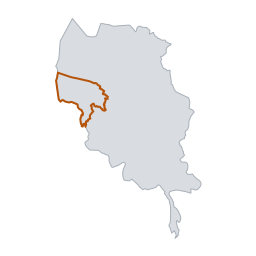 Kandahar on a map of Afghanistan (orthographic projection), rotated 98°
{"feature_id": "AFG-1754", "entity_name": "Kandahar", "entity_type": "Province", "adm_level": 1, "iso_a3": "AFG", "parent_name": "Afghanistan", "parent_adm1": "", "projection": "orthographic", "projection_center": [66.2, 31.058], "detail": "fine", "context": "in_parent", "style": "outline", "palette": "amber", "viewbox_px": 256, "rotation_deg": 98, "n_neighbors": 0, "source": "natural_earth", "source_scale": "10m", "svg_char_len": 7677}
<svg xmlns="http://www.w3.org/2000/svg" viewBox="0 0 256 256"><g transform="rotate(98 128 128)"><path d="M112.9,68.6L117.9,68.1L121.3,68.8L123.0,70.5L124.8,70.9L126.5,70.1L127.5,69.9L128.0,70.4L128.8,70.7L130.1,70.6L130.9,71.0L131.1,72.1L132.1,73.4L133.8,75.0L135.4,75.3L137.4,74.0L138.1,74.2L138.4,73.8L138.6,72.8L139.8,72.0L142.0,71.1L143.2,70.4L143.7,69.8L144.4,69.6L145.3,69.7L145.8,69.5L146.3,68.7L147.0,68.4L147.7,68.5L150.9,71.3L152.1,72.2L152.7,72.0L154.1,70.4L154.3,68.9L153.8,67.0L154.1,65.5L155.0,64.3L156.9,63.5L159.6,63.2L161.2,63.3L161.9,63.9L162.7,64.2L163.8,64.2L164.7,63.5L165.5,62.0L165.5,60.2L164.6,58.2L164.8,57.5L166.1,56.4L167.5,54.7L168.8,52.7L170.0,50.1L171.6,48.5L173.5,47.8L176.0,48.4L178.9,50.2L180.1,52.6L179.5,55.4L179.5,57.0L180.1,57.3L183.3,56.6L183.8,56.9L183.8,57.7L183.4,59.0L183.0,62.4L182.5,70.7L184.1,75.6L185.1,77.5L186.1,78.1L187.1,78.3L188.1,78.0L190.0,76.7L192.8,74.2L195.6,72.6L199.7,71.5L200.9,68.9L202.7,67.2L206.9,64.4L209.2,63.3L210.6,63.1L214.0,63.8L214.2,64.5L214.0,65.3L213.2,66.1L212.9,66.6L213.3,67.0L214.6,67.0L220.3,64.9L221.4,63.3L222.7,63.2L225.2,63.6L227.0,63.3L228.1,63.8L230.5,65.9L229.8,66.0L228.7,65.7L228.1,65.0L225.9,66.1L223.4,67.7L223.5,68.1L226.0,69.9L221.3,72.4L219.2,73.8L218.7,73.9L215.4,73.0L206.3,73.9L199.4,75.0L196.8,76.3L194.3,77.0L193.0,77.7L192.3,78.9L188.6,81.7L187.9,82.7L185.8,82.7L183.7,85.3L180.6,88.4L180.0,89.9L180.5,90.6L182.3,91.6L183.1,92.6L184.5,95.4L185.1,97.4L185.9,98.3L186.5,100.7L185.8,102.1L185.8,102.8L187.0,104.6L186.7,105.2L186.0,106.1L184.8,108.5L182.6,110.4L181.7,112.0L180.1,113.8L179.5,115.3L178.9,116.1L178.1,116.5L178.4,117.3L179.1,118.2L180.2,119.3L180.3,123.7L179.8,124.9L176.9,126.2L174.1,126.9L170.6,127.0L169.3,126.9L164.4,125.5L162.9,126.3L162.7,128.3L165.5,131.3L166.7,133.0L168.1,135.9L169.1,137.3L168.8,138.8L163.9,142.0L160.7,142.5L158.8,143.1L157.8,143.9L157.2,147.2L156.5,148.4L156.6,149.8L155.9,151.5L154.9,152.6L154.3,154.3L155.1,163.0L152.2,166.6L150.6,167.9L149.1,168.5L147.8,168.3L146.1,166.4L145.0,165.6L143.8,165.8L142.7,166.5L140.8,166.3L139.2,165.7L138.4,165.7L138.0,166.5L136.3,168.0L132.2,170.3L130.5,170.5L129.8,171.1L130.1,172.0L130.8,172.8L132.1,173.3L132.2,173.9L130.1,175.1L127.9,175.9L125.5,176.2L122.9,175.8L121.5,174.8L120.0,174.7L118.6,175.5L117.1,176.7L115.1,179.8L112.1,181.7L111.3,183.6L110.4,187.1L110.7,192.1L110.3,194.4L109.7,195.8L109.8,197.0L110.8,198.3L110.4,199.2L109.6,200.1L108.7,200.7L92.2,205.4L89.5,205.5L88.1,205.3L83.4,205.2L81.4,205.6L79.5,206.2L78.0,207.0L76.9,208.2L74.9,207.4L68.8,206.1L52.0,207.2L50.4,206.9L27.4,198.3L42.4,181.8L42.8,180.4L43.0,177.6L42.3,173.8L40.9,172.0L28.4,169.5L28.1,166.5L28.4,165.3L28.3,162.7L28.4,160.8L29.1,157.6L29.2,156.2L26.0,141.8L26.1,140.4L28.5,137.3L31.6,134.2L31.5,133.6L30.1,133.2L27.8,133.0L26.7,132.5L25.8,131.6L25.5,130.3L26.2,128.0L25.9,123.5L28.4,119.9L32.0,119.9L30.3,117.1L29.9,116.7L29.8,116.3L30.0,115.8L30.9,115.7L33.2,114.0L33.3,113.1L35.2,110.6L35.1,109.4L36.4,106.5L35.9,104.4L35.9,103.3L37.2,102.7L38.1,99.9L38.6,99.2L38.7,98.5L38.5,97.3L39.7,97.2L40.7,98.7L42.4,100.3L43.5,100.8L44.9,101.1L48.0,100.7L48.7,100.8L51.8,103.6L52.4,104.4L52.6,105.4L53.1,105.8L54.3,104.8L55.4,104.4L57.5,104.8L58.6,104.5L64.0,101.3L64.5,99.2L65.0,98.0L65.8,97.3L65.0,94.8L65.3,94.3L66.0,94.1L67.7,94.1L75.8,91.6L77.9,91.7L78.4,91.5L78.5,90.7L79.1,89.9L82.9,88.0L85.1,86.0L85.9,84.5L89.7,72.2L91.6,71.2L93.5,70.4L100.0,70.2L101.3,66.5L101.9,65.6L103.0,64.7L107.8,67.4L112.9,68.6Z" fill="#d9dde1" stroke="#a8b0b8" stroke-width="1"/><path d="M132.3,170.4L132.0,170.6L131.5,170.8L131.1,170.9L130.1,170.7L129.6,170.7L129.4,171.0L129.6,171.3L129.8,171.5L130.0,171.8L130.1,172.5L130.3,172.8L130.6,173.0L130.9,173.0L132.1,172.9L132.7,173.0L132.8,173.8L132.6,174.1L132.4,174.2L131.8,174.2L131.5,174.3L131.3,174.4L131.1,174.6L130.2,175.2L129.9,175.3L129.1,175.5L128.6,175.8L127.7,175.9L126.6,176.3L126.3,176.4L125.4,176.3L124.6,176.4L124.4,176.3L124.0,176.2L123.5,175.9L123.2,175.8L122.9,175.9L122.3,176.0L122.0,176.0L121.7,175.9L121.4,175.8L121.3,175.7L121.5,175.4L121.5,174.9L121.4,174.7L121.2,174.5L120.3,174.6L119.7,174.7L118.7,175.2L118.2,175.6L117.9,176.0L117.5,176.3L116.9,176.4L116.6,176.7L116.1,178.7L115.8,179.1L114.4,180.5L114.0,180.7L112.0,181.1L111.7,181.3L111.6,181.5L110.1,187.2L110.1,187.9L110.3,188.6L110.7,189.1L110.8,189.3L110.9,189.7L110.9,190.1L110.7,192.4L110.7,193.4L110.6,193.8L109.6,195.8L109.4,196.5L109.5,197.0L110.0,197.4L110.6,198.0L111.1,198.4L111.2,198.5L110.6,199.2L110.2,199.8L109.0,200.7L107.7,201.0L106.8,201.3L105.9,201.6L105.1,201.8L104.2,202.1L103.3,202.3L102.4,202.6L101.5,202.8L100.6,203.1L99.7,203.4L98.8,203.6L97.9,203.9L97.0,204.1L96.2,204.4L95.3,204.6L94.4,204.9L93.5,205.1L91.3,205.8L90.5,205.7L88.0,205.2L85.9,205.2L83.0,205.1L85.2,193.7L85.7,190.3L86.0,184.6L86.8,175.9L86.8,175.3L87.1,172.5L87.3,171.5L87.8,169.8L88.0,169.3L88.1,169.2L88.3,167.6L88.4,167.4L88.2,167.2L88.0,166.9L88.0,166.7L88.3,165.2L88.5,165.0L88.7,164.8L88.8,164.6L89.5,164.0L89.7,163.7L89.8,163.6L90.0,162.9L90.0,162.4L90.1,162.0L90.2,161.8L90.3,161.7L90.5,161.6L90.8,161.4L91.1,161.2L91.3,161.1L91.6,161.2L91.9,161.4L92.0,161.4L92.2,161.5L92.5,161.5L92.8,161.4L92.9,161.2L93.1,160.4L93.2,160.2L93.3,160.0L93.3,159.9L93.2,159.9L93.2,159.7L93.3,159.6L93.4,159.3L93.5,159.2L93.6,158.9L93.6,158.6L93.7,158.4L94.1,158.0L94.4,157.9L94.5,157.8L94.5,157.7L94.7,156.8L94.9,156.8L95.1,157.1L95.4,157.2L96.2,157.1L96.4,157.2L97.0,157.6L97.4,157.7L97.6,157.7L97.8,157.5L97.6,157.1L97.6,156.9L97.7,156.7L97.8,156.4L97.9,156.2L98.1,156.2L98.1,155.6L98.0,155.3L98.0,155.1L98.1,154.9L98.4,154.8L98.6,154.7L98.8,154.6L98.9,154.4L99.0,154.2L99.1,153.7L99.3,153.2L99.9,152.6L100.0,152.5L100.0,152.4L100.3,152.4L101.4,152.6L101.6,152.6L101.8,152.5L101.8,152.9L101.8,153.1L101.9,154.1L101.8,154.6L101.9,154.8L102.0,154.8L102.2,154.7L102.3,154.7L102.5,154.5L102.7,154.2L102.8,154.1L103.0,154.0L103.1,153.9L103.4,154.0L103.9,154.1L104.3,154.1L104.6,154.2L105.4,154.3L106.1,154.3L106.3,154.4L106.3,154.5L106.5,154.9L106.6,155.0L106.8,155.0L107.2,155.0L108.1,155.1L108.6,155.1L108.7,154.9L108.7,154.6L108.7,154.4L108.8,154.3L109.0,154.3L109.2,154.5L109.4,154.4L110.4,154.3L110.5,154.2L111.0,153.9L111.4,154.1L111.6,154.1L111.8,154.1L112.3,153.5L112.4,153.1L112.5,152.9L112.7,152.7L112.8,152.7L112.8,152.8L113.1,152.8L113.3,152.8L113.4,153.0L113.6,153.2L113.7,153.3L113.8,153.3L114.0,153.4L114.1,153.5L114.1,153.9L114.1,154.0L114.1,154.4L114.1,154.5L113.9,155.3L113.7,155.6L113.5,156.0L113.3,156.1L112.8,156.4L112.6,156.5L112.3,157.2L112.2,157.4L112.1,157.7L111.8,158.0L111.5,158.3L111.1,158.6L111.0,158.8L110.9,159.1L110.9,159.3L111.0,159.6L111.0,159.9L111.1,160.0L111.1,160.5L111.2,160.9L111.2,161.0L110.9,161.5L110.8,161.9L110.7,162.0L110.8,162.1L111.0,162.3L111.2,162.8L111.2,163.2L111.2,163.3L111.0,163.8L110.7,164.2L110.6,164.4L110.4,164.5L109.9,164.6L109.5,164.8L109.3,165.0L108.8,165.4L108.8,165.9L108.9,166.0L109.0,166.3L109.5,166.6L110.8,167.9L111.5,167.5L111.8,167.1L112.0,167.0L112.3,166.8L112.6,166.7L112.9,166.6L113.0,166.6L113.3,166.7L113.5,166.7L114.2,166.6L114.3,166.5L116.2,164.9L116.4,164.7L116.5,164.7L116.6,164.9L117.4,165.5L117.6,165.7L118.3,166.1L118.9,166.3L119.0,166.3L119.3,166.6L119.5,166.8L119.9,167.0L120.1,167.1L120.3,167.2L120.5,167.2L120.9,167.3L121.6,167.5L121.9,167.4L122.9,167.1L123.2,166.9L123.9,166.7L124.3,167.4L124.5,167.9L124.6,168.0L124.8,168.0L125.0,168.1L125.3,168.6L125.5,168.8L125.8,168.9L126.0,168.6L126.4,168.6L127.0,169.0L127.3,169.5L127.4,169.8L127.3,170.1L127.2,170.3L127.3,170.4L127.5,170.5L128.1,170.3L129.2,170.4L129.5,170.3L130.5,170.0L130.9,170.0L131.4,170.0L131.5,170.0L132.3,170.4L132.3,170.4Z" fill="none" stroke="#b45309" stroke-width="2"/></g></svg>